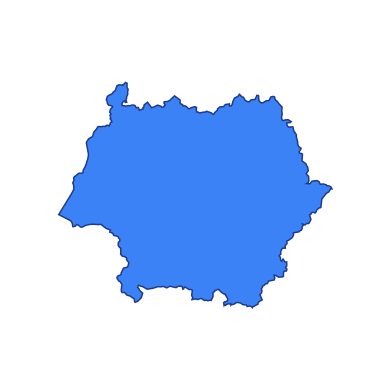 outline of Dytikis Makedonias, Dytiki Makedonia, Greece, rotated 301°
{"feature_id": "26713481B79624114853188", "entity_name": "Dytikis Makedonias", "entity_type": "district", "adm_level": 2, "iso_a3": "GRC", "parent_name": "Greece", "parent_adm1": "Dytiki Makedonia", "projection": "natural_earth1", "projection_center": [21.387, 40.387], "detail": "fine", "context": "isolated", "style": "filled", "palette": "blue", "viewbox_px": 384, "rotation_deg": 301, "n_neighbors": 0, "source": "geoboundaries", "source_scale": "gbopen_adm2", "svg_char_len": 5978}
<svg xmlns="http://www.w3.org/2000/svg" viewBox="0 0 384 384"><g transform="rotate(301 192 192)"><path d="M244.5,72.9L244.0,73.4L242.8,73.2L239.8,74.0L238.6,73.7L237.4,73.1L235.5,73.0L233.8,72.2L233.5,71.9L232.9,71.5L230.4,70.2L229.9,70.3L227.0,71.1L226.5,71.4L226.2,72.3L225.4,73.1L224.5,73.7L224.2,74.0L223.4,76.0L224.0,77.1L224.3,78.0L224.4,79.4L224.2,80.1L222.3,79.8L221.3,79.5L219.9,79.7L218.2,80.4L217.9,80.5L217.5,81.7L217.0,82.4L216.7,82.5L216.2,82.1L215.6,82.2L215.1,82.6L214.6,83.3L213.4,84.3L213.1,84.1L212.6,84.1L211.8,86.0L211.4,86.6L210.8,87.2L209.8,86.5L209.3,86.4L207.3,87.0L206.8,87.1L206.1,87.1L205.9,86.7L206.0,86.4L206.0,86.1L205.8,85.1L205.6,84.8L203.5,83.7L202.3,81.7L201.7,81.1L200.9,80.0L200.1,78.3L199.0,77.5L197.8,77.9L192.9,77.0L188.4,78.2L184.3,76.0L181.5,75.9L179.9,76.0L171.2,83.7L169.6,84.5L167.4,85.4L165.3,86.0L163.7,86.2L161.7,86.9L157.4,87.5L155.5,87.5L154.2,87.6L152.7,88.6L151.5,88.1L150.7,86.7L150.3,85.9L149.8,85.4L148.5,84.8L147.3,84.4L146.8,84.4L144.7,83.4L143.7,83.2L143.0,83.4L142.5,83.7L141.9,84.4L141.2,84.7L138.3,85.2L137.1,86.8L134.0,89.1L132.2,89.4L128.3,89.6L104.0,89.4L104.8,101.7L104.8,103.1L104.6,103.7L103.7,105.2L103.2,105.8L100.9,107.7L101.1,108.1L102.8,109.7L104.3,109.7L104.6,109.8L104.9,110.9L105.0,111.6L104.9,112.9L104.6,114.5L104.8,115.1L105.3,115.9L109.0,118.3L112.0,121.6L114.0,124.8L115.6,128.1L116.9,129.9L117.4,130.6L116.6,136.6L116.7,138.3L117.1,139.5L117.3,141.7L116.4,141.7L115.2,142.3L115.8,144.7L115.4,146.1L114.9,146.7L114.4,147.2L115.5,150.2L115.6,151.4L115.4,152.0L114.8,152.8L114.6,154.0L113.3,155.2L112.6,155.3L111.4,154.9L110.4,155.0L108.6,155.9L108.2,156.4L107.5,157.6L107.2,158.5L107.2,159.7L105.8,160.6L103.6,162.1L102.0,162.8L101.7,163.4L101.2,164.9L101.2,165.6L101.2,165.9L102.0,167.6L101.8,169.8L101.3,170.3L100.5,170.6L100.3,170.8L99.7,172.1L98.9,174.1L98.2,174.5L95.0,175.4L94.6,175.3L93.2,174.3L92.3,173.2L91.2,172.4L89.3,172.8L86.3,172.9L85.0,173.6L83.6,173.1L83.2,172.8L82.7,172.2L82.0,171.8L80.3,171.6L80.0,171.7L79.4,172.3L78.5,173.9L78.0,175.0L78.1,176.0L77.9,176.9L77.3,178.2L76.4,179.9L75.6,180.2L74.8,180.3L73.4,181.0L72.2,181.5L71.5,181.9L70.3,182.8L70.0,183.2L69.9,183.8L69.9,184.1L70.6,185.1L71.1,186.1L71.0,186.8L70.1,189.0L70.4,190.6L70.8,191.9L71.0,193.0L70.7,194.4L70.8,196.9L70.6,197.4L69.8,198.2L69.4,198.4L68.2,199.7L68.1,200.0L70.7,201.9L75.2,203.0L79.9,201.8L80.7,197.7L81.8,196.2L82.2,194.5L84.4,194.2L85.5,198.6L85.6,203.6L89.3,208.0L93.3,211.5L94.5,213.9L96.4,216.2L96.8,219.7L99.9,221.6L101.8,227.6L104.1,228.8L105.7,231.0L105.8,232.3L104.0,234.3L104.6,234.7L106.6,234.5L107.0,235.0L106.9,239.9L107.8,240.9L108.0,242.8L103.0,245.1L101.8,247.1L99.7,247.4L102.3,250.2L102.7,252.2L105.3,254.4L105.6,256.2L105.3,258.3L106.8,260.3L106.9,261.6L108.4,263.0L108.9,264.3L113.1,263.9L116.3,262.0L119.8,262.8L122.2,264.7L121.1,269.3L121.1,272.1L121.7,273.2L120.9,273.8L119.2,277.1L118.3,278.0L117.3,278.3L116.1,277.9L114.5,276.4L113.3,276.2L111.2,278.0L112.2,278.1L112.1,279.1L113.4,279.5L115.1,280.9L115.5,282.3L116.1,282.6L115.1,283.6L115.9,283.6L116.1,284.4L117.7,285.9L119.6,286.7L120.6,287.7L121.9,290.7L121.6,293.5L123.1,296.6L122.3,298.3L124.0,300.1L124.4,302.2L123.9,303.3L125.0,303.3L129.8,306.3L130.9,305.8L132.7,306.0L135.7,307.7L138.9,303.2L141.7,303.5L143.3,302.8L144.8,301.3L146.5,301.5L147.7,300.9L149.1,301.9L151.2,302.3L152.3,303.8L154.9,303.4L159.0,307.8L161.0,307.2L162.9,305.2L163.5,305.9L163.7,310.2L165.9,313.4L166.8,313.8L169.9,312.0L171.3,311.8L172.2,312.3L172.5,313.4L174.3,313.4L174.9,312.8L175.5,311.0L177.4,311.3L180.8,309.2L179.9,307.8L181.4,304.6L179.3,304.7L178.8,304.1L179.9,302.5L181.6,301.3L182.1,299.7L182.8,299.5L184.5,300.2L185.6,299.2L187.8,298.5L189.9,298.4L191.1,299.4L191.9,300.9L193.9,299.5L196.8,300.0L198.8,298.5L200.4,299.7L204.5,301.4L207.4,301.2L209.2,299.9L213.0,304.2L213.9,304.2L215.6,305.4L217.4,305.3L218.6,304.3L220.4,304.5L221.4,303.2L221.9,305.8L224.3,306.7L224.9,308.1L225.8,308.4L229.7,308.1L233.0,304.4L234.0,305.3L236.1,305.3L237.2,306.6L237.4,308.4L239.0,308.6L240.8,308.1L244.1,309.3L244.3,309.9L245.2,310.4L252.8,306.9L259.9,307.8L262.6,309.2L266.2,309.2L266.7,310.4L267.8,308.9L267.9,306.9L267.0,304.4L267.3,303.2L266.4,300.2L264.7,297.9L266.2,295.6L266.2,293.3L263.1,289.3L259.8,288.9L258.2,285.8L260.1,286.7L261.7,286.5L265.5,283.8L266.4,280.5L270.1,280.7L273.1,278.1L273.4,276.9L274.9,275.1L275.3,270.3L281.3,267.2L281.5,266.3L280.7,264.6L281.0,263.6L282.5,263.0L284.4,263.3L285.7,262.9L285.9,259.9L287.8,257.6L288.9,257.2L292.7,253.3L294.8,252.0L296.9,247.7L299.8,244.9L297.3,241.2L298.2,239.1L299.9,237.6L302.0,240.3L303.4,240.8L303.5,237.3L302.1,235.1L300.0,233.2L300.4,231.9L302.0,230.3L305.3,229.2L307.2,227.5L311.3,225.4L312.2,221.6L313.7,218.4L313.7,216.5L314.8,214.7L315.9,214.1L315.9,212.5L314.0,210.6L310.1,210.9L308.1,208.4L305.1,206.9L304.2,205.8L304.1,204.3L304.9,202.2L308.8,199.5L308.9,199.0L308.2,197.8L304.0,198.5L301.3,195.1L299.0,194.6L298.0,193.4L298.0,190.3L299.6,187.4L299.4,185.5L300.2,182.3L297.7,182.1L294.3,180.0L290.9,180.4L287.5,181.4L285.9,181.2L285.1,179.8L286.8,178.7L284.1,175.5L281.5,175.1L279.3,172.1L276.4,171.1L275.2,171.6L271.8,170.6L270.4,170.7L269.3,169.8L269.8,168.0L268.7,162.9L267.4,162.3L265.9,160.1L263.7,158.0L263.6,155.7L263.0,154.9L264.4,153.5L266.8,152.3L266.7,150.6L263.7,147.7L262.3,147.2L261.6,146.1L262.4,142.8L262.1,141.3L261.2,140.2L262.1,138.9L261.7,136.3L264.7,134.4L265.4,127.5L258.9,125.7L257.0,124.4L255.1,121.7L253.7,122.2L252.9,124.2L251.7,123.7L250.3,124.1L249.2,122.7L249.5,120.9L248.8,117.9L243.4,114.1L246.0,107.6L242.0,106.1L240.2,106.9L239.0,106.5L238.0,107.3L235.0,104.8L236.8,102.6L235.6,100.4L236.7,98.8L236.7,97.9L235.6,95.7L233.9,94.4L233.3,93.0L231.7,91.3L230.1,87.5L232.3,86.3L234.9,86.7L235.2,87.3L234.5,88.8L235.3,89.8L236.8,88.1L238.8,87.6L239.1,87.1L242.7,86.6L244.6,85.3L247.2,84.3L248.0,82.5L251.8,80.3L251.6,78.5L249.8,78.3L248.5,77.5L248.0,77.9L246.4,74.4L244.5,72.9Z" fill="#3b82f6" stroke="#1e3a8a" stroke-width="1.5"/></g></svg>